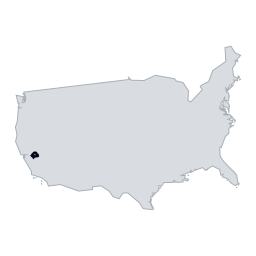 location of Tuolumne, California, United States of America
{"feature_id": "52423323B26881284907235", "entity_name": "Tuolumne", "entity_type": "district", "adm_level": 2, "iso_a3": "USA", "parent_name": "United States of America", "parent_adm1": "California", "projection": "albers", "projection_center": [-120.026, 38.034], "detail": "fine", "context": "in_parent", "style": "outline", "palette": "ink", "viewbox_px": 256, "rotation_deg": 0, "n_neighbors": 0, "source": "geoboundaries", "source_scale": "gbopen_adm2", "svg_char_len": 4714}
<svg xmlns="http://www.w3.org/2000/svg" viewBox="0 0 256 256"><path d="M212.8,70.5L225.8,61.5L225.0,47.5L231.0,46.3L235.1,52.8L240.6,55.4L236.5,60.1L237.0,61.5L235.2,60.5L235.5,63.9L232.5,68.1L233.6,76.4L237.5,77.9L238.9,76.6L237.8,75.6L238.6,75.9L239.5,77.2L235.6,80.8L233.9,79.8L234.6,82.1L229.5,85.6L227.0,90.5L226.6,88.7L225.7,87.9L226.5,92.2L228.0,92.2L229.2,95.6L228.6,101.0L224.4,100.1L224.8,96.6L223.7,99.4L226.0,101.8L228.0,102.8L229.1,104.5L228.9,112.8L227.9,108.2L223.2,105.7L223.0,100.7L220.8,103.3L224.8,108.9L221.2,108.4L220.4,109.1L220.3,106.7L220.0,106.2L219.8,108.1L220.4,109.4L225.6,109.7L225.2,111.3L222.4,110.1L221.5,110.1L225.0,111.5L226.3,111.5L226.5,113.3L224.6,112.7L227.7,114.1L227.4,114.6L225.9,113.9L223.1,114.6L227.3,115.3L229.3,114.2L234.0,118.8L230.1,115.4L232.1,117.9L228.0,119.2L232.1,120.6L233.1,119.2L232.6,122.5L228.5,123.5L231.4,123.7L230.1,125.9L232.8,125.7L229.0,128.3L228.8,133.5L225.4,136.5L221.2,147.5L219.8,147.1L220.0,155.3L220.5,157.1L224.0,161.8L236.6,174.8L238.2,183.8L235.3,185.6L230.5,182.6L228.4,179.2L222.3,176.8L223.0,174.2L220.9,175.2L219.5,169.4L212.4,166.0L205.3,170.3L202.7,167.6L195.2,170.2L195.7,168.6L194.8,170.3L191.6,172.1L190.7,169.7L190.7,171.6L180.5,175.7L185.3,175.4L184.6,178.3L188.7,179.3L187.4,181.1L182.7,179.4L183.2,181.8L177.7,182.5L173.8,180.5L172.5,182.5L164.2,182.5L160.7,187.0L161.6,185.8L158.9,185.6L158.8,190.0L154.8,193.9L155.7,192.8L152.4,193.2L153.9,194.3L150.7,197.0L150.4,201.8L148.5,201.5L150.3,202.3L151.5,206.4L153.7,208.5L152.8,209.7L143.1,208.6L139.7,203.0L127.7,192.9L122.8,193.1L119.2,198.8L112.9,196.6L109.4,191.3L100.9,185.8L92.3,186.9L92.6,189.5L78.7,191.1L60.2,184.5L48.5,186.1L46.8,181.8L41.7,177.8L31.5,174.6L31.5,171.5L23.2,157.4L23.5,156.0L25.1,157.8L24.1,154.8L27.7,154.6L21.0,154.8L15.6,141.6L17.0,134.7L15.4,126.9L17.2,121.9L18.5,107.6L21.6,108.0L18.2,107.2L19.3,103.4L18.1,103.4L16.2,95.2L23.7,96.9L22.2,101.1L24.6,98.1L24.4,101.7L22.5,102.5L23.8,102.7L25.3,101.2L25.8,97.6L23.8,92.1L129.1,79.5L128.6,77.4L131.5,80.3L144.2,80.5L155.3,75.3L174.5,78.7L176.1,80.9L183.0,82.5L188.6,91.1L187.9,100.3L190.7,102.0L202.3,89.8L200.2,86.6L201.1,85.4L208.6,81.5L212.8,70.5ZM231.9,86.2L234.0,84.5L227.1,91.2L232.4,84.9L231.9,86.2ZM24.3,95.5L25.3,97.8L25.2,98.1L23.9,96.4L24.3,95.5ZM153.3,207.9L151.3,204.5L150.8,202.4L151.5,204.6L153.3,207.9ZM237.2,60.0L237.8,61.1L237.3,61.1L237.2,60.0ZM174.2,181.5L174.7,182.3L173.6,181.9L174.2,181.5ZM35.5,178.1L36.6,177.6L35.5,178.1ZM34.2,177.8L33.8,178.4L33.4,177.8L34.2,177.8ZM237.7,79.8L237.5,80.8L237.2,80.7L237.7,79.8ZM151.0,200.4L150.8,202.2L151.6,198.6L151.0,200.4ZM232.6,170.4L235.1,173.0L232.3,170.2L232.6,170.4ZM41.5,180.8L42.1,181.8L41.4,180.9L41.5,180.8ZM238.9,184.0L238.3,185.4L239.0,182.7L238.9,184.0ZM235.3,120.5L235.0,122.2L234.3,119.0L235.3,120.5ZM23.3,93.6L23.3,94.3L22.9,94.0L23.3,93.6ZM154.1,194.9L152.6,196.1L154.1,194.7L154.1,194.9ZM240.0,78.8L240.4,79.6L239.6,79.8L240.0,78.8ZM41.5,183.4L42.0,184.5L41.4,183.5L41.5,183.4ZM152.3,196.9L151.7,197.4L152.2,196.6L152.3,196.9ZM229.4,105.9L229.2,108.0L229.2,105.2L229.4,105.9ZM160.4,187.9L159.4,188.8L160.7,187.3L160.4,187.9ZM220.5,156.0L220.9,157.4L220.4,156.6L220.5,156.0ZM233.3,125.7L233.1,126.2L233.6,124.7L233.3,125.7ZM207.9,169.0L206.9,170.1L206.4,170.2L207.9,169.0ZM191.0,172.1L190.9,172.4L190.1,172.6L191.0,172.1ZM227.0,179.9L227.6,180.7L226.7,179.8L227.0,179.9ZM188.3,175.1L188.4,176.0L187.9,174.5L188.3,175.1ZM236.9,187.5L236.2,187.9L237.1,187.2L236.9,187.5ZM229.3,96.2L229.3,97.2L229.2,95.8L229.3,96.2ZM234.4,122.8L234.1,123.3L234.4,122.8Z" fill="#d9dde1" stroke="#a8b0b8" stroke-width="1"/><path d="M34.5,152.5L34.4,152.5L34.2,152.6L33.9,152.7L33.8,152.8L33.7,152.9L33.7,153.0L33.5,153.3L33.4,153.3L33.3,153.5L33.2,153.6L33.1,153.8L33.0,154.0L32.9,154.0L32.8,154.3L32.7,154.3L32.7,154.5L32.5,154.8L32.4,154.9L32.3,155.0L32.2,155.0L32.3,154.9L32.2,154.9L32.2,155.0L32.1,155.3L32.0,155.5L31.9,155.5L31.7,155.7L31.7,155.8L32.8,157.0L32.8,156.9L33.0,156.8L33.1,157.0L33.1,156.9L33.1,156.7L33.3,156.5L33.3,156.4L33.4,156.5L33.4,156.4L33.5,156.4L33.7,156.2L33.8,156.1L34.0,156.2L34.2,155.9L34.3,156.0L34.3,155.9L34.3,156.0L34.5,156.0L34.8,156.2L34.8,156.3L35.0,156.3L35.3,156.3L35.5,156.3L35.7,156.2L35.8,156.2L36.0,156.1L36.1,155.9L36.3,155.8L36.4,155.7L36.5,155.5L36.8,155.7L37.0,155.7L37.3,155.8L37.5,156.0L37.8,156.3L38.0,156.4L37.9,156.4L38.0,156.3L38.1,156.2L38.1,155.9L38.1,155.7L38.0,155.4L37.9,155.4L37.7,155.2L37.7,154.9L37.7,154.7L37.5,154.4L37.4,154.4L37.2,154.3L37.0,154.2L36.9,154.2L36.7,154.1L36.5,153.9L36.4,153.9L36.2,153.8L36.3,153.7L36.3,153.4L36.2,153.4L36.2,153.2L36.1,152.9L35.9,152.8L35.9,152.6L35.7,152.5L35.4,152.7L35.2,152.8L34.5,152.5Z" fill="none" stroke="#020617" stroke-width="2"/></svg>